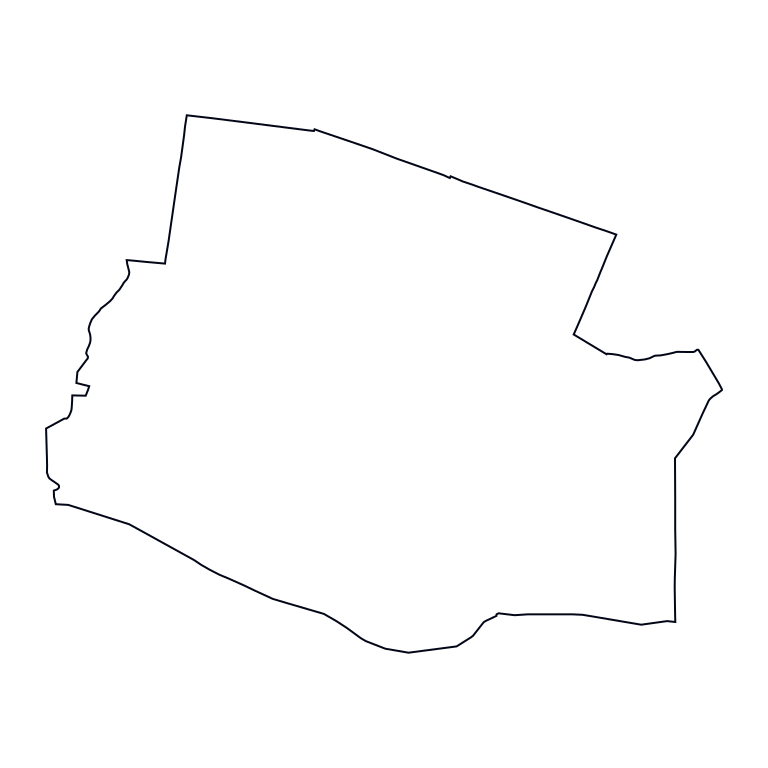 the district of Cascioarele, Calarasi, Romania
{"feature_id": "2599482B95938588353719", "entity_name": "Cascioarele", "entity_type": "district", "adm_level": 2, "iso_a3": "ROU", "parent_name": "Romania", "parent_adm1": "Calarasi", "projection": "albers", "projection_center": [26.457, 44.135], "detail": "fine", "context": "isolated", "style": "outline", "palette": "ink", "viewbox_px": 768, "rotation_deg": 0, "n_neighbors": 0, "source": "geoboundaries", "source_scale": "gbopen_adm2", "svg_char_len": 2690}
<svg xmlns="http://www.w3.org/2000/svg" viewBox="0 0 768 768"><path d="M314.6,129.3L313.9,131.0L309.4,130.5L212.1,118.2L186.8,115.3L185.0,126.7L184.1,135.2L181.1,157.2L179.3,167.3L175.0,196.6L168.5,241.6L166.5,253.5L165.6,258.6L165.3,261.1L165.0,263.6L145.9,261.9L132.7,260.6L126.7,260.1L127.2,263.8L128.4,268.6L129.3,272.1L129.0,274.5L127.7,277.8L126.7,279.5L125.0,281.3L123.8,282.7L122.1,285.6L119.4,289.7L116.4,292.7L114.0,296.0L112.6,298.4L110.1,301.1L105.6,304.9L100.9,308.5L99.1,311.3L97.2,313.3L94.9,315.6L91.9,319.3L90.3,323.0L89.3,326.0L88.7,328.6L88.8,330.3L89.8,333.4L90.2,335.1L90.5,337.5L90.5,340.4L90.0,343.0L88.6,346.6L87.3,349.2L86.5,351.8L86.2,353.2L86.5,354.1L87.4,355.7L88.0,356.8L87.7,358.5L86.2,360.3L77.4,372.0L76.4,383.0L89.2,386.2L88.1,389.7L85.7,395.7L76.7,395.5L72.3,395.4L72.1,401.5L71.7,407.8L71.4,410.1L70.5,412.7L69.4,415.2L68.4,416.9L67.4,418.0L66.8,418.5L66.4,418.6L64.7,418.6L64.1,418.7L46.1,428.5L46.1,429.4L46.3,436.1L46.6,446.8L46.9,456.6L47.0,461.1L47.1,465.6L47.0,471.0L46.9,472.4L48.4,476.9L49.5,478.5L51.9,480.3L54.0,481.7L58.3,484.7L59.0,485.9L59.0,487.4L58.4,488.4L57.1,489.4L55.6,490.0L54.3,490.4L53.8,490.6L53.9,493.6L54.0,496.7L55.8,504.2L68.2,504.9L118.9,521.0L129.3,524.3L194.3,560.2L201.1,564.8L209.1,569.4L214.5,572.2L220.0,575.0L227.8,578.2L244.4,585.6L254.8,590.6L272.8,598.9L288.3,603.5L309.5,609.7L323.9,613.9L336.5,621.2L346.5,627.7L361.0,638.3L366.0,641.2L385.3,648.7L408.5,652.7L456.6,646.4L470.9,637.4L473.0,635.8L483.7,622.2L485.8,620.9L496.4,615.9L496.6,614.3L498.6,613.3L514.7,615.2L528.3,614.3L571.6,614.3L582.7,614.8L641.2,624.7L667.1,621.1L675.3,622.0L675.1,614.0L674.7,588.1L674.7,585.8L674.8,578.8L675.6,553.6L675.2,529.1L675.2,498.3L675.0,458.3L693.2,434.7L702.6,413.6L708.5,401.1L709.4,399.6L711.1,397.9L713.1,396.2L716.1,394.4L718.7,392.6L721.9,390.1L721.9,389.2L718.8,383.3L706.0,361.8L698.4,349.8L696.9,349.8L694.6,351.6L693.2,352.0L691.8,352.0L687.2,352.0L680.1,351.9L676.6,351.9L673.2,352.8L670.3,353.5L666.6,354.3L662.8,355.0L660.5,355.4L656.7,355.6L655.0,355.7L653.3,356.4L649.7,358.2L645.0,359.4L638.2,360.2L635.8,360.1L634.1,359.7L629.6,357.7L624.9,356.8L618.5,355.0L612.3,354.1L607.2,353.7L606.6,354.3L573.7,334.5L575.3,330.9L577.9,325.0L585.0,308.5L586.3,305.4L591.9,291.5L592.7,289.9L594.1,287.1L594.6,285.9L595.9,282.7L597.1,280.5L600.5,271.8L601.8,268.8L606.7,256.6L616.3,234.6L613.5,233.6L605.0,230.6L601.3,229.4L594.7,227.2L568.0,217.8L537.2,207.2L516.5,199.9L513.3,198.8L478.8,187.0L471.9,184.5L462.6,181.4L459.0,179.8L450.6,176.3L449.9,178.0L448.4,177.4L443.7,175.2L427.4,169.4L421.7,167.4L397.2,158.8L372.4,149.1L362.8,145.8L320.4,131.4L314.6,129.3Z" fill="none" stroke="#020617" stroke-width="2"/></svg>